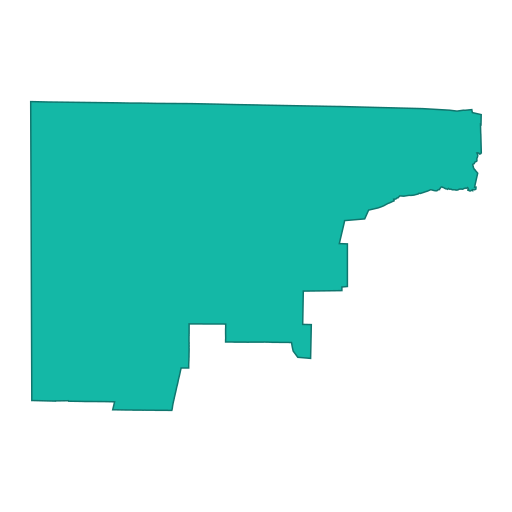 Pocho, Córdoba, Argentina
{"feature_id": "61730980B20468593076410", "entity_name": "Pocho", "entity_type": "district", "adm_level": 2, "iso_a3": "ARG", "parent_name": "Argentina", "parent_adm1": "Córdoba", "projection": "robinson", "projection_center": [-65.259, -31.51], "detail": "fine", "context": "isolated", "style": "filled", "palette": "teal", "viewbox_px": 512, "rotation_deg": 0, "n_neighbors": 0, "source": "geoboundaries", "source_scale": "gbopen_adm2", "svg_char_len": 5806}
<svg xmlns="http://www.w3.org/2000/svg" viewBox="0 0 512 512"><path d="M30.7,101.6L31.8,400.5L32.1,400.5L55.4,401.1L55.4,400.9L68.4,400.7L68.6,401.2L81.8,401.4L84.7,401.5L90.2,401.5L104.6,401.6L114.6,401.8L112.7,409.8L116.2,409.8L127.5,410.0L129.4,410.0L131.2,410.0L131.8,410.0L133.0,410.1L134.7,410.1L135.3,410.1L136.4,410.1L139.4,410.1L141.0,410.1L143.2,410.2L145.1,410.1L145.6,410.2L146.2,410.2L147.3,410.2L147.5,410.2L149.4,410.2L151.9,410.2L152.5,410.2L154.2,410.2L155.3,410.3L157.6,410.3L159.3,410.3L161.1,410.3L162.8,410.3L163.4,410.3L164.6,410.3L165.1,410.3L166.9,410.3L167.5,410.3L168.1,410.4L169.9,410.4L171.2,410.4L171.8,410.4L172.0,409.7L172.3,408.3L172.6,406.0L172.8,404.8L172.9,404.3L173.1,403.1L173.3,402.5L173.5,401.3L173.8,400.2L173.9,399.6L174.2,398.5L174.4,397.3L174.7,396.1L175.1,394.4L175.2,393.8L175.5,392.7L176.1,390.0L176.7,387.2L177.4,384.5L177.9,382.3L178.0,381.8L178.2,380.7L178.7,378.5L179.4,375.7L180.0,373.0L180.6,370.2L180.7,369.7L181.0,368.6L181.1,368.0L181.8,368.0L182.3,368.0L183.5,368.0L185.8,368.0L186.4,368.0L187.5,368.0L188.7,368.0L188.7,366.8L188.7,366.2L188.7,364.4L188.8,362.1L188.8,361.5L188.9,360.4L188.9,358.7L189.0,356.9L189.0,356.3L189.0,355.1L189.1,350.1L189.1,348.3L189.0,347.7L189.1,346.6L189.1,345.4L189.0,344.8L189.1,343.7L189.1,342.5L189.0,341.9L189.0,340.8L189.0,340.2L189.0,339.0L189.0,337.9L189.0,337.3L189.0,336.1L189.1,335.5L189.0,335.0L189.1,333.8L189.1,333.3L189.1,332.1L189.1,329.3L189.1,329.0L189.1,325.0L189.1,324.5L189.1,323.9L189.7,323.9L190.8,323.9L191.4,323.9L192.6,323.9L194.9,323.9L197.9,323.9L199.1,323.9L201.4,323.9L202.0,323.9L203.1,324.0L203.7,324.0L205.4,324.0L206.0,324.0L207.1,324.0L207.7,324.0L209.4,324.0L210.0,324.0L210.6,324.0L213.6,324.0L215.4,324.0L217.1,324.0L219.3,324.0L220.0,324.0L222.3,324.0L222.8,324.0L223.4,324.0L225.7,324.1L225.7,325.3L225.7,325.8L225.7,327.0L225.7,327.7L225.6,328.9L225.6,329.5L225.6,330.2L225.6,330.8L225.6,333.3L225.7,337.9L225.7,338.5L225.6,339.7L225.6,340.2L225.6,342.0L227.8,342.0L230.1,342.0L232.3,342.0L234.5,342.1L236.8,342.1L239.0,342.1L241.8,342.1L244.0,342.1L244.6,342.1L245.7,342.1L247.4,342.2L247.5,342.2L250.6,342.1L251.2,342.1L251.7,342.1L252.9,342.1L254.0,342.1L254.5,342.1L255.7,342.1L257.9,342.1L258.5,342.1L259.6,342.1L261.3,342.1L263.6,342.1L264.1,342.0L266.0,342.1L268.1,342.1L269.8,342.2L271.7,342.2L271.8,342.3L272.4,342.3L272.9,342.3L273.5,342.3L274.6,342.3L275.7,342.3L276.3,342.3L277.4,342.3L278.0,342.3L279.7,342.4L280.2,342.4L281.9,342.4L282.5,342.4L284.2,342.4L284.7,342.4L286.4,342.4L287.0,342.4L288.1,342.4L288.7,342.4L289.2,342.5L290.9,342.5L291.5,342.5L292.0,345.4L292.5,348.1L293.2,351.1L297.8,357.3L307.5,358.1L310.6,358.4L311.1,334.8L311.3,324.6L302.7,324.4L303.3,291.1L341.9,290.6L341.9,287.0L347.4,286.5L347.4,261.6L347.4,257.4L347.4,243.9L342.5,243.7L339.3,243.6L344.1,223.2L344.6,220.6L364.7,218.9L368.6,210.1L378.1,207.9L381.2,206.8L382.9,206.1L383.5,205.9L385.5,204.8L386.5,204.2L387.0,204.0L388.0,203.4L389.3,203.0L390.1,202.6L390.7,202.4L391.8,201.8L394.1,200.8L393.9,200.0L393.7,199.2L394.4,199.2L395.0,199.1L395.6,199.0L396.3,198.7L397.1,197.9L397.3,197.8L397.7,197.7L398.0,197.8L398.1,197.7L398.6,197.1L399.1,196.6L399.5,196.2L399.7,195.9L399.8,195.9L401.5,196.0L402.6,196.1L403.1,196.1L403.7,196.2L404.3,196.1L404.9,196.0L406.1,195.8L408.6,195.4L409.8,195.3L410.2,195.4L410.7,195.4L411.0,195.4L414.0,195.1L415.7,194.6L416.2,194.5L417.3,194.2L418.4,193.9L418.6,193.4L419.6,193.3L420.2,193.5L423.0,192.6L423.6,192.4L424.7,192.0L426.9,191.3L427.5,191.1L428.0,190.9L430.6,189.7L431.7,189.9L434.2,190.6L435.6,190.8L436.9,190.8L437.5,190.2L438.7,189.6L439.5,189.6L439.6,189.0L439.8,188.6L440.1,188.4L440.8,187.5L441.0,187.2L441.7,186.9L441.9,186.9L442.7,187.4L443.3,187.5L443.8,187.7L444.6,188.3L445.1,188.4L445.3,188.6L445.7,188.8L446.5,188.9L447.2,189.0L447.5,189.2L447.6,189.3L448.3,188.8L448.5,188.5L449.0,188.9L449.2,189.0L449.6,189.2L449.9,189.3L450.3,189.2L450.7,189.1L451.2,189.2L452.0,189.7L452.7,189.8L453.2,189.7L453.6,189.8L454.3,189.8L455.0,189.8L455.4,189.8L455.6,190.0L455.9,190.1L456.3,190.1L457.5,190.0L457.7,189.9L458.4,189.7L458.9,189.3L459.4,189.2L460.2,189.0L460.5,189.1L461.2,189.1L461.4,189.0L461.8,189.1L462.1,189.2L462.4,189.2L462.5,189.2L462.8,189.2L463.9,188.5L464.9,188.3L465.8,188.1L466.7,188.2L467.4,187.9L467.5,187.7L467.6,187.8L468.0,188.0L468.4,189.1L468.6,189.6L468.1,189.7L467.4,190.0L467.2,190.0L468.5,190.3L469.3,190.8L469.7,190.9L470.6,190.9L471.4,190.4L471.9,190.2L472.3,190.2L472.5,190.4L472.5,189.6L473.1,189.6L473.7,189.7L473.8,189.7L474.3,189.7L474.8,189.7L475.8,189.2L475.8,188.8L476.0,188.1L476.0,187.6L476.0,187.4L476.0,187.1L474.6,187.2L475.1,184.7L476.6,178.0L477.7,173.2L477.2,172.7L476.8,172.1L475.7,170.9L475.1,169.9L474.5,169.6L474.2,169.3L474.2,169.0L474.0,168.6L473.6,168.0L473.2,166.9L473.3,166.5L473.0,165.8L472.8,165.1L472.8,164.9L472.7,164.7L472.9,164.3L473.2,164.0L474.1,163.7L474.5,163.0L474.9,162.2L475.0,162.0L475.4,161.8L476.2,161.5L476.6,161.3L476.9,160.8L476.9,160.6L476.9,159.9L476.8,159.2L476.8,158.5L477.0,158.1L477.3,157.5L477.5,156.8L477.7,156.1L477.8,155.6L477.5,154.5L477.4,154.1L477.2,153.6L477.0,153.2L476.9,153.0L477.2,153.0L477.6,152.8L477.9,152.7L478.3,153.0L478.7,153.2L479.2,153.4L479.3,153.9L479.6,154.1L480.0,154.0L480.8,153.6L480.9,153.2L481.1,153.0L481.3,152.9L481.1,145.5L480.8,134.0L480.7,133.5L480.7,132.9L480.5,125.0L480.5,124.3L481.0,124.6L481.2,114.6L472.4,112.6L472.0,110.9L471.8,109.6L465.0,110.3L463.4,110.2L457.0,111.1L449.6,110.2L422.3,108.6L421.8,108.6L370.8,107.3L343.9,106.6L340.7,106.5L338.6,106.5L326.3,106.3L316.8,106.1L316.0,106.1L261.6,105.1L259.2,105.0L236.5,104.6L223.7,104.3L219.6,104.2L190.6,103.6L156.9,103.4L141.1,103.1L131.2,103.1L115.6,102.8L89.5,102.5L48.3,102.0L31.2,101.6L30.7,101.6Z" fill="#14b8a6" stroke="#0f766e" stroke-width="1.5"/></svg>